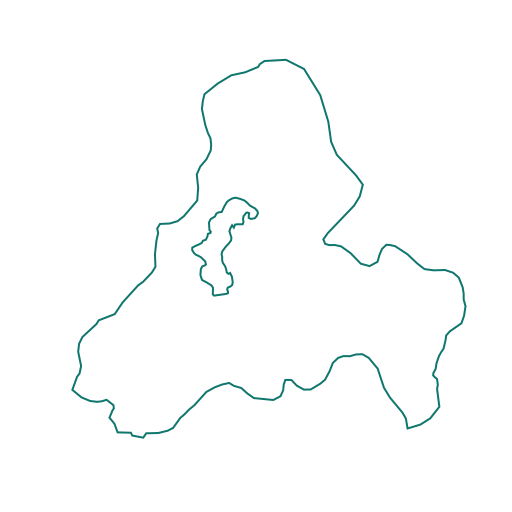 outline of Sana'a, rotated 352°
{"feature_id": "YEM-3496", "entity_name": "Sana'a", "entity_type": "Governorate", "adm_level": 1, "iso_a3": "YEM", "parent_name": "Yemen", "parent_adm1": "", "projection": "natural_earth1", "projection_center": [44.362, 15.407], "detail": "fine", "context": "isolated", "style": "outline", "palette": "teal", "viewbox_px": 512, "rotation_deg": 352, "n_neighbors": 0, "source": "natural_earth", "source_scale": "10m", "svg_char_len": 3076}
<svg xmlns="http://www.w3.org/2000/svg" viewBox="0 0 512 512"><g transform="rotate(352 256 256)"><path d="M291.6,64.1L313.0,65.9L329.6,77.5L342.0,105.6L346.3,133.1L346.3,153.4L350.1,167.0L366.4,190.3L371.7,200.3L367.0,211.5L360.1,219.8L330.2,243.4L325.0,248.9L326.2,253.6L330.0,255.4L335.6,256.1L341.6,258.3L350.1,266.4L358.7,278.2L367.0,281.8L375.5,278.7L378.6,271.8L381.7,266.6L386.7,263.0L390.6,263.9L395.1,265.6L406.2,275.3L414.5,285.7L421.0,292.4L429.9,294.9L441.3,296.2L448.9,300.0L453.8,305.6L456.3,315.8L456.4,322.2L455.6,328.0L456.5,334.9L453.7,344.2L450.1,351.2L437.6,357.5L433.3,361.1L432.1,365.4L428.9,373.7L425.8,377.2L423.2,380.7L419.9,387.2L418.1,393.0L415.4,396.5L414.8,398.9L416.1,400.8L418.1,402.9L418.2,408.5L416.8,412.9L416.6,430.8L406.0,441.0L395.4,445.8L382.1,447.9L381.8,437.8L379.1,431.2L369.1,415.1L364.4,404.3L360.8,384.4L353.4,372.5L347.7,368.1L341.4,367.4L335.2,368.3L328.6,367.3L323.2,368.3L317.2,372.6L313.0,380.1L307.2,388.1L302.1,391.3L291.6,395.8L284.9,395.0L278.4,390.1L273.8,383.7L267.8,382.8L265.6,387.1L264.2,392.8L260.7,398.3L253.1,401.0L234.1,396.4L228.1,390.7L223.0,384.6L216.2,381.6L211.7,378.0L204.8,378.5L196.8,380.3L187.9,383.7L174.2,395.2L168.3,398.8L163.5,402.6L158.6,405.7L150.0,414.7L144.4,416.7L134.7,417.7L122.6,416.3L119.1,420.2L108.5,416.6L107.5,413.6L94.4,411.4L92.5,402.5L88.4,395.7L92.5,388.8L94.0,387.2L94.1,383.9L88.0,377.6L83.2,378.4L78.4,378.3L71.6,376.5L63.6,371.8L55.5,363.0L62.0,350.7L64.9,347.8L67.5,340.6L66.6,326.0L68.6,318.3L72.9,312.0L88.5,301.2L91.3,297.8L108.0,293.9L117.6,283.3L135.3,268.6L140.5,265.9L150.6,257.9L154.9,252.7L156.2,240.2L159.5,227.1L162.3,219.6L162.0,215.0L165.4,210.9L175.0,211.8L183.2,210.6L190.2,206.5L205.5,192.9L208.2,180.6L208.7,167.0L213.3,159.6L220.4,153.3L225.9,145.1L227.1,139.5L227.3,133.1L225.5,127.5L224.0,119.2L222.9,103.0L224.8,95.5L227.5,88.6L242.1,79.9L256.7,73.6L270.6,72.6L284.4,69.1L286.5,66.5L291.6,64.1ZM256.1,218.6L260.1,218.4L262.3,216.5L263.9,213.9L263.6,211.6L261.7,208.8L257.2,205.4L254.3,201.6L252.1,199.3L248.0,197.1L243.8,195.4L240.5,195.7L236.9,197.1L234.6,198.6L231.5,202.5L229.3,205.9L228.2,207.6L224.8,207.6L222.6,208.6L220.8,211.2L216.3,213.1L214.1,216.3L213.5,223.7L214.6,225.6L214.1,226.9L211.5,227.3L210.6,229.9L208.6,232.9L205.6,233.5L203.9,235.6L201.4,236.5L196.9,237.8L194.1,238.8L193.6,241.2L195.1,244.6L197.0,246.7L199.0,247.8L201.4,249.7L205.0,254.3L205.2,257.5L204.1,258.2L201.4,258.8L199.6,261.2L198.3,267.1L199.2,272.2L203.6,275.4L207.9,279.0L209.0,281.6L207.9,288.0L209.0,289.4L215.9,289.4L221.0,289.4L223.0,289.0L223.3,287.7L222.8,285.0L223.7,283.3L226.0,282.8L228.4,281.4L229.3,278.8L229.3,273.3L228.0,269.2L226.4,269.9L224.8,268.4L224.6,265.0L224.0,261.8L222.2,258.2L221.9,255.4L222.4,252.2L222.1,249.5L223.3,246.7L226.8,243.1L230.9,239.7L233.5,237.1L234.2,234.4L233.8,232.0L233.1,227.8L234.6,224.8L236.6,222.2L238.0,224.8L239.6,222.0L242.2,222.0L247.2,222.7L248.3,220.7L248.3,217.6L249.2,214.8L250.9,213.3L252.3,211.8L253.8,211.8L255.2,212.7L254.5,214.8L254.1,217.3L256.1,218.6Z" fill="none" stroke="#0f766e" stroke-width="2"/></g></svg>